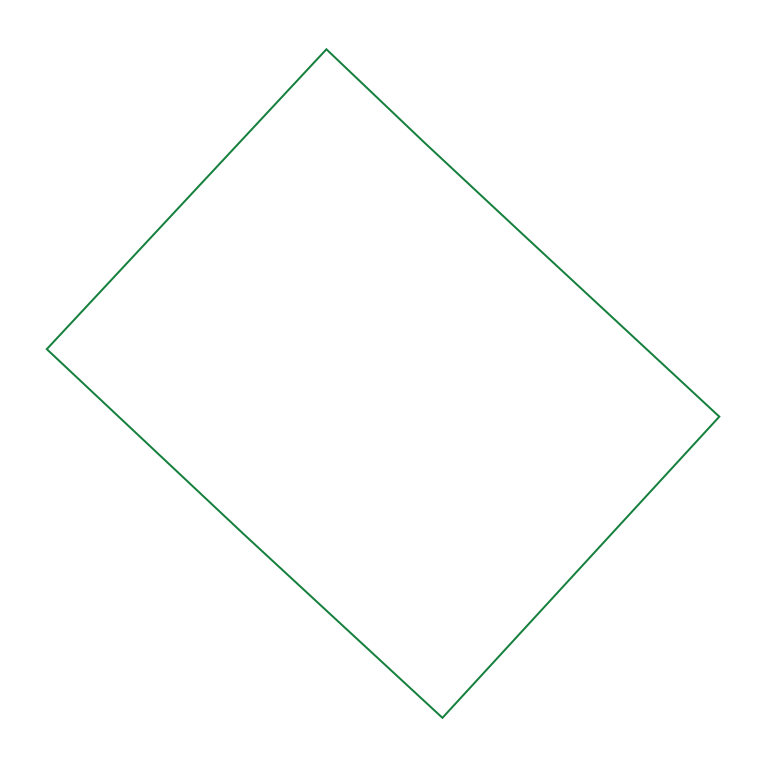 Lucas, Iowa, United States of America, rotated 43°
{"feature_id": "52423323B52818697562643", "entity_name": "Lucas", "entity_type": "district", "adm_level": 2, "iso_a3": "USA", "parent_name": "United States of America", "parent_adm1": "Iowa", "projection": "albers", "projection_center": [-93.313, 41.03], "detail": "fine", "context": "isolated", "style": "outline", "palette": "green", "viewbox_px": 768, "rotation_deg": 43, "n_neighbors": 0, "source": "geoboundaries", "source_scale": "gbopen_adm2", "svg_char_len": 261}
<svg xmlns="http://www.w3.org/2000/svg" viewBox="0 0 768 768"><g transform="rotate(43 384 384)"><path d="M654.4,588.3L651.5,179.2L383.1,179.9L249.5,179.9L113.6,178.5L113.6,588.5L383.6,589.5L654.4,588.3Z" fill="none" stroke="#15803d" stroke-width="2"/></g></svg>